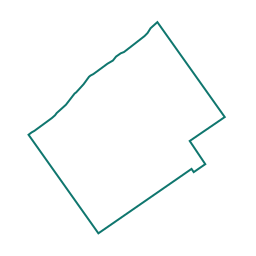 outline of Sanilac, Michigan, United States of America, rotated 237°
{"feature_id": "52423323B29368919737567", "entity_name": "Sanilac", "entity_type": "district", "adm_level": 2, "iso_a3": "USA", "parent_name": "United States of America", "parent_adm1": "Michigan", "projection": "mercator", "projection_center": [-82.674, 43.422], "detail": "fine", "context": "isolated", "style": "outline", "palette": "teal", "viewbox_px": 256, "rotation_deg": 237, "n_neighbors": 0, "source": "geoboundaries", "source_scale": "gbopen_adm2", "svg_char_len": 511}
<svg xmlns="http://www.w3.org/2000/svg" viewBox="0 0 256 256"><g transform="rotate(237 128 128)"><path d="M84.5,215.1L190.9,210.7L200.8,210.3L199.4,201.3L197.0,196.1L196.1,192.0L193.9,166.0L194.6,162.6L194.4,156.9L192.8,152.1L193.1,145.8L192.1,128.2L192.4,125.2L192.2,123.2L188.9,114.6L186.1,103.9L186.0,102.0L181.3,88.6L179.4,76.4L178.4,73.7L177.8,69.5L176.6,47.8L176.8,44.7L176.5,40.9L55.8,45.8L59.1,159.0L55.2,159.1L55.6,173.1L83.5,172.7L84.5,215.1Z" fill="none" stroke="#0f766e" stroke-width="2"/></g></svg>